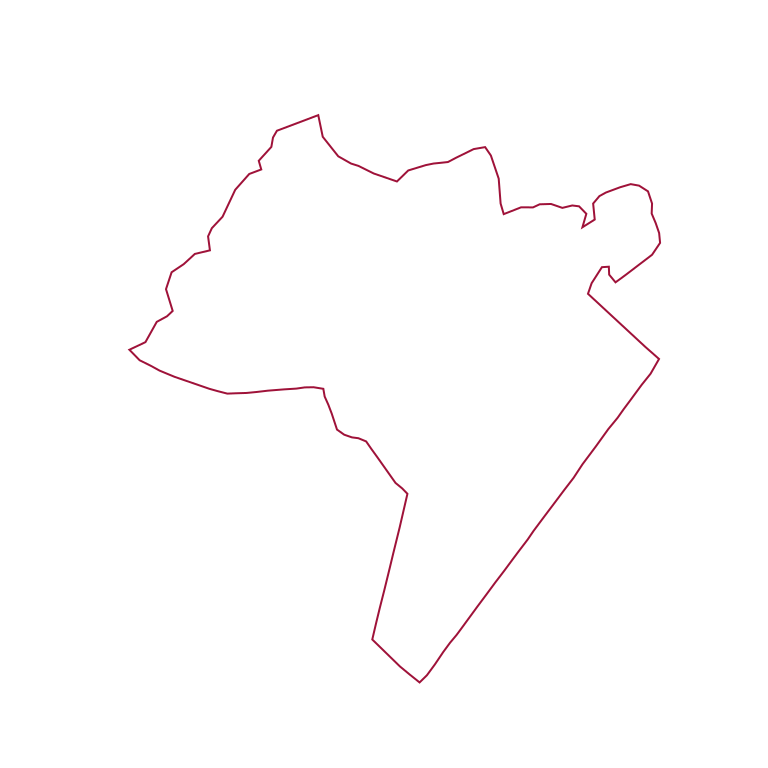 the district of Cidreira, Rio Grande do Sul, Brazil, rotated 19°
{"feature_id": "56859067B17697347991096", "entity_name": "Cidreira", "entity_type": "district", "adm_level": 2, "iso_a3": "BRA", "parent_name": "Brazil", "parent_adm1": "Rio Grande do Sul", "projection": "natural_earth1", "projection_center": [-50.272, -30.138], "detail": "fine", "context": "isolated", "style": "outline", "palette": "rose", "viewbox_px": 768, "rotation_deg": 19, "n_neighbors": 0, "source": "geoboundaries", "source_scale": "gbopen_adm2", "svg_char_len": 1857}
<svg xmlns="http://www.w3.org/2000/svg" viewBox="0 0 768 768"><g transform="rotate(19 384 384)"><path d="M514.8,654.6L519.4,645.4L523.4,632.6L527.3,618.0L530.7,607.1L534.3,597.7L536.8,589.8L539.3,581.7L544.9,563.6L549.6,548.9L553.8,535.5L558.5,521.4L563.0,507.1L565.8,498.4L570.5,484.2L573.2,474.3L578.6,457.4L582.5,445.4L588.8,425.9L593.8,411.0L597.8,395.3L604.7,373.8L610.8,353.5L615.8,340.1L618.9,329.5L621.6,321.1L627.9,300.9L632.7,287.5L635.9,270.8L618.9,263.8L547.5,232.3L547.5,221.1L552.0,202.6L558.4,199.9L561.3,207.3L569.8,212.5L577.3,201.7L595.4,174.5L599.1,160.7L595.0,151.7L588.5,143.4L581.6,135.7L578.7,126.1L570.9,115.9L560.6,113.4L552.2,114.7L543.2,121.1L531.5,130.7L526.5,136.2L523.0,145.3L529.7,159.9L520.6,171.2L519.9,157.2L510.6,152.5L503.9,153.9L495.3,159.4L483.3,159.4L472.7,163.4L467.4,168.5L456.1,172.3L441.9,184.4L435.5,175.4L425.6,152.5L410.7,133.2L402.5,127.1L392.3,132.7L378.5,146.6L372.2,153.3L365.4,156.5L359.1,159.4L352.3,163.4L337.4,174.2L330.3,188.3L305.8,188.3L288.8,186.1L281.1,186.3L266.6,183.6L245.6,170.2L234.3,151.2L200.3,179.4L198.8,187.1L200.3,196.5L192.9,213.7L198.1,221.1L188.2,229.3L180.1,248.8L176.9,278.4L170.5,292.7L169.6,301.7L175.9,314.3L162.8,322.6L155.6,335.9L146.8,347.5L147.0,365.3L160.4,383.7L156.8,390.6L148.9,399.2L144.8,422.1L132.1,434.5L145.2,441.1L157.5,442.7L167.4,444.4L175.3,444.9L183.7,445.4L194.7,445.4L212.1,445.4L220.5,445.4L229.1,444.9L239.0,444.1L246.7,441.1L257.0,437.2L266.2,433.0L276.4,428.1L291.3,421.6L302.6,416.9L310.2,413.0L318.4,410.0L328.2,408.3L332.0,415.2L338.1,421.7L344.2,429.0L354.4,442.4L362.9,444.9L371.1,444.9L377.4,443.6L385.8,444.1L393.3,449.6L402.1,455.8L427.1,473.8L435.2,476.8L441.9,480.2L445.5,514.5L447.9,541.2L449.3,555.8L451.4,578.7L452.9,596.8L454.3,611.8L456.1,629.4L491.1,645.9L502.8,650.3L514.8,654.6Z" fill="none" stroke="#9f1239" stroke-width="2"/></g></svg>